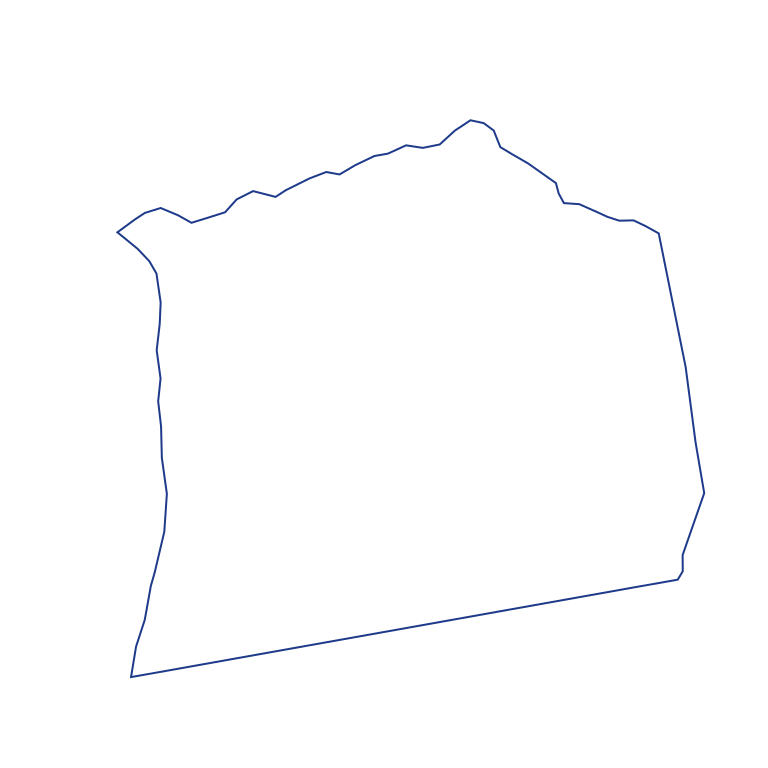 Santo Antônio do Caiuá, Paraná, Brazil, rotated 260°
{"feature_id": "56859067B63646792478521", "entity_name": "Santo Antônio do Caiuá", "entity_type": "district", "adm_level": 2, "iso_a3": "BRA", "parent_name": "Brazil", "parent_adm1": "Paraná", "projection": "mercator", "projection_center": [-52.325, -22.693], "detail": "fine", "context": "isolated", "style": "outline", "palette": "blue", "viewbox_px": 768, "rotation_deg": 260, "n_neighbors": 0, "source": "geoboundaries", "source_scale": "gbopen_adm2", "svg_char_len": 942}
<svg xmlns="http://www.w3.org/2000/svg" viewBox="0 0 768 768"><g transform="rotate(260 384 384)"><path d="M139.3,84.0L139.3,99.3L140.3,591.1L140.3,639.3L147.7,645.7L163.7,648.4L220.9,680.4L272.4,680.7L348.2,684.0L484.6,680.7L494.0,669.1L501.8,658.2L504.0,644.0L509.8,633.1L516.1,624.0L527.2,607.5L530.9,592.6L541.3,589.1L552.0,588.2L576.2,564.2L588.7,549.3L597.1,539.7L614.5,536.1L623.6,527.5L628.7,515.0L621.3,497.9L610.2,480.4L609.8,463.2L615.2,447.2L610.2,427.9L610.2,414.1L604.5,393.7L598.1,376.6L602.8,363.9L599.4,346.4L592.0,321.2L587.1,309.7L596.7,288.6L591.4,271.0L580.7,257.3L578.2,238.4L576.2,222.4L586.0,210.4L596.1,194.6L594.0,178.2L589.3,167.3L579.7,147.8L559.8,164.9L545.7,174.2L532.3,179.1L503.0,178.2L481.9,173.5L456.7,166.0L428.2,164.9L406.2,158.6L381.0,157.1L349.9,152.4L313.6,151.1L276.7,142.0L238.3,125.5L225.6,119.3L202.1,110.7L193.0,107.3L168.4,94.2L139.3,84.0Z" fill="none" stroke="#1e3a8a" stroke-width="2"/></g></svg>